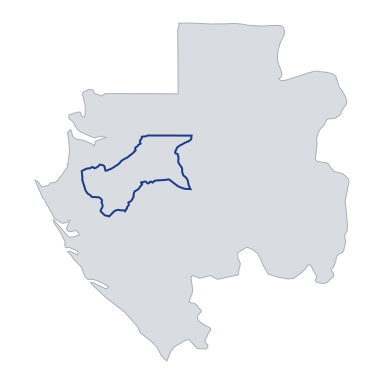 Moyen-Ogooué highlighted on a map of Gabon
{"feature_id": "GAB-2621", "entity_name": "Moyen-Ogooué", "entity_type": "Province", "adm_level": 1, "iso_a3": "GAB", "parent_name": "Gabon", "parent_adm1": "", "projection": "orthographic", "projection_center": [10.538, -0.51], "detail": "fine", "context": "in_parent", "style": "outline", "palette": "blue", "viewbox_px": 384, "rotation_deg": 0, "n_neighbors": 0, "source": "natural_earth", "source_scale": "10m", "svg_char_len": 6382}
<svg xmlns="http://www.w3.org/2000/svg" viewBox="0 0 384 384"><path d="M284.4,30.7L284.2,34.5L279.9,43.8L277.9,51.0L277.4,58.6L278.6,64.7L280.6,69.1L282.0,73.9L281.0,77.2L278.9,78.6L280.3,80.3L283.5,80.7L288.8,79.3L297.0,76.7L307.7,73.1L314.8,71.1L326.4,72.3L332.7,73.7L335.8,76.3L339.3,87.3L341.0,88.9L343.8,93.6L346.2,99.2L346.7,102.0L346.4,104.1L344.1,107.1L341.4,111.6L340.5,114.3L338.2,116.3L335.4,118.2L327.6,119.0L326.4,120.2L324.3,124.9L320.2,129.0L318.3,132.8L316.6,137.8L317.0,144.1L316.1,153.1L315.3,159.2L317.4,161.4L326.7,162.9L328.5,164.1L330.9,167.9L334.1,171.4L342.6,173.7L345.9,176.4L348.6,179.4L349.0,181.8L347.0,191.6L345.1,201.1L345.9,208.2L346.6,215.1L347.5,225.0L347.1,231.1L344.7,234.8L344.7,237.7L345.8,241.3L343.6,251.0L342.2,252.6L338.4,254.4L336.4,257.0L335.8,261.1L333.7,266.7L331.6,268.8L331.6,271.4L333.6,273.3L333.6,276.2L329.8,279.6L327.5,282.3L322.4,283.6L316.6,282.2L315.2,280.3L316.6,277.3L316.2,274.9L314.2,272.3L311.1,265.8L308.3,264.4L306.8,267.1L302.1,272.1L293.7,278.4L287.9,278.9L277.1,277.0L268.1,273.9L263.8,266.5L261.2,260.3L257.3,253.2L253.0,249.8L248.4,247.6L246.3,247.5L239.7,251.5L237.7,253.0L237.7,256.4L238.3,259.5L239.3,261.0L240.2,263.0L240.0,266.1L238.8,270.2L238.4,274.8L217.7,279.3L214.1,277.7L211.5,275.6L208.4,276.0L199.4,278.3L196.1,276.7L192.8,275.5L191.3,276.5L191.1,278.5L192.6,289.2L192.2,293.3L190.1,298.7L189.1,302.3L194.6,303.4L196.6,305.1L198.5,307.8L201.1,310.3L201.3,311.8L198.3,314.6L197.3,318.1L198.7,320.8L202.4,323.7L207.9,326.6L210.6,328.5L210.3,330.3L207.8,334.0L206.8,337.2L205.0,340.1L205.4,342.7L207.9,345.2L207.6,347.4L205.9,349.0L202.5,348.7L199.6,348.9L197.1,348.2L189.0,339.7L187.2,339.5L175.5,346.0L172.6,348.7L170.2,352.6L166.9,361.0L161.6,356.1L157.0,347.2L151.6,341.7L140.4,332.8L137.4,326.3L124.4,311.9L105.9,297.5L92.5,285.1L90.5,282.3L92.7,282.6L105.7,288.8L107.4,288.2L108.9,286.8L103.3,283.5L98.0,280.9L93.0,279.3L88.0,279.5L85.2,276.8L83.3,272.8L82.4,269.4L80.2,265.8L73.1,258.4L71.4,255.5L67.5,251.6L69.8,251.1L77.5,254.8L78.1,253.3L77.5,251.1L69.8,247.6L65.6,247.4L64.7,244.9L65.2,242.0L59.8,231.2L54.1,223.1L53.2,219.3L68.5,236.9L70.6,237.2L73.3,237.0L79.6,235.0L78.4,232.7L75.6,230.2L72.8,231.3L69.2,231.6L67.3,230.5L66.4,228.7L70.0,220.2L68.5,220.6L67.3,222.1L65.3,222.9L62.3,223.3L54.7,218.7L48.0,206.4L46.3,203.9L44.5,199.6L42.7,197.8L35.0,180.3L38.0,181.6L41.5,186.7L48.3,185.6L50.9,182.7L53.2,182.8L55.6,182.1L58.6,179.3L67.3,167.2L69.6,151.3L68.9,141.9L67.6,132.5L70.5,129.5L71.6,131.4L72.2,134.8L73.5,137.3L76.6,139.5L82.4,140.0L91.3,143.5L94.5,145.7L95.4,141.3L105.6,137.5L102.5,136.2L93.4,137.7L80.9,132.1L76.7,128.5L72.9,121.7L68.8,118.1L69.1,114.9L78.1,112.0L80.5,112.3L81.4,115.8L83.8,117.3L84.8,116.8L85.2,113.8L85.2,105.8L82.5,94.3L83.3,92.0L85.8,91.2L88.0,89.7L89.5,89.4L92.5,89.7L94.1,92.4L94.9,93.9L97.9,94.5L100.5,96.0L102.6,95.6L104.4,93.9L107.1,93.6L115.3,93.6L122.7,93.6L137.5,93.7L152.2,93.7L167.0,93.8L178.1,93.8L178.1,87.2L178.0,77.1L178.0,65.1L177.9,53.6L177.8,42.9L177.7,30.4L178.3,26.8L179.1,25.3L178.8,23.2L190.2,23.0L210.9,24.0L220.0,23.8L222.5,24.0L233.8,23.4L243.0,24.2L246.9,25.1L250.3,25.5L261.3,26.1L275.6,25.4L280.5,25.6L283.1,27.3L284.4,30.7Z" fill="#d9dde1" stroke="#a8b0b8" stroke-width="1"/><path d="M191.6,135.6L191.3,137.4L191.4,138.1L191.2,138.9L190.9,139.5L189.9,140.3L189.2,140.8L188.4,141.4L187.8,141.7L186.9,141.8L179.3,145.8L178.5,146.5L177.1,147.5L176.7,148.1L176.2,149.8L175.3,151.5L175.1,152.0L175.1,152.5L175.3,153.0L175.5,153.2L175.8,153.5L176.3,153.6L176.8,153.7L177.3,153.9L177.6,154.2L177.8,154.6L178.3,156.5L178.5,158.9L178.3,160.5L178.3,161.7L178.4,162.3L178.6,162.8L178.8,163.3L181.7,167.6L182.0,168.1L182.1,168.9L182.2,169.7L182.1,171.1L182.2,171.9L183.1,174.7L183.4,175.3L183.8,175.8L185.9,177.5L186.3,178.0L187.0,179.0L187.8,180.8L188.7,185.1L188.8,185.7L190.5,189.1L185.8,188.9L184.0,188.6L180.8,187.5L177.6,186.0L169.3,179.6L168.6,179.4L167.9,179.4L165.7,179.9L156.0,180.5L154.9,180.8L154.3,181.0L153.8,181.4L153.1,182.3L152.6,182.6L152.2,182.4L151.0,181.6L150.4,181.6L149.9,181.9L149.3,182.8L148.8,183.2L148.0,183.4L147.5,183.3L147.0,182.9L146.7,182.4L146.2,181.9L145.6,181.6L144.9,181.5L144.3,181.6L143.7,181.8L143.3,182.2L142.7,182.4L141.4,182.1L141.1,182.4L141.2,182.8L141.8,183.9L142.0,184.4L141.8,184.8L141.5,185.2L141.0,185.5L140.6,186.0L139.0,188.4L138.5,188.9L137.9,189.5L135.1,191.1L134.6,191.6L134.2,192.1L133.8,193.8L133.6,194.8L133.5,195.4L133.7,196.4L133.5,197.0L131.4,200.7L131.1,201.0L130.7,201.3L128.7,202.2L128.4,202.4L128.3,202.6L128.3,202.9L128.5,203.3L128.8,203.7L128.9,204.2L128.8,204.7L128.6,205.3L127.8,206.3L127.4,206.7L127.1,207.2L127.0,207.7L126.9,208.3L126.8,208.7L126.5,209.2L125.9,209.4L125.7,209.8L125.6,210.3L125.4,210.8L125.0,211.3L124.3,210.7L123.7,210.4L120.5,210.3L119.2,210.0L118.4,209.9L117.0,210.0L116.2,210.3L115.5,210.6L113.8,211.6L109.2,216.4L108.3,216.0L105.7,215.6L105.4,215.5L105.0,215.3L104.5,215.0L101.2,211.9L100.7,211.3L100.6,210.8L100.7,210.3L102.1,207.6L102.5,206.5L102.6,206.0L102.6,205.4L102.5,204.8L101.6,202.7L101.6,202.4L101.6,202.0L102.0,201.1L102.0,200.6L101.8,199.9L101.4,199.2L99.5,197.7L98.8,197.3L98.3,197.2L97.2,197.3L95.2,197.1L94.7,197.0L94.4,197.0L92.9,197.2L92.4,197.1L91.9,196.9L91.4,196.6L91.1,196.0L90.5,195.4L90.3,195.3L89.8,194.9L89.1,194.4L88.0,193.9L85.7,190.9L82.2,179.6L82.5,178.2L81.7,171.3L82.0,170.8L82.5,170.6L83.0,170.4L85.1,169.3L87.3,168.5L87.9,168.4L89.5,168.3L90.0,168.2L91.4,167.5L92.3,166.9L92.8,167.0L93.9,168.0L94.5,168.2L95.5,168.0L97.1,167.1L98.0,166.5L98.7,165.8L99.2,165.2L99.7,164.7L100.3,164.6L100.8,164.7L101.3,165.0L101.9,165.2L102.9,165.2L103.4,165.4L103.9,165.7L104.3,166.2L104.5,166.7L104.9,168.3L105.1,168.8L105.2,169.9L105.3,170.4L105.6,170.7L106.6,170.6L111.5,168.6L118.1,164.4L119.3,163.4L121.1,161.2L121.7,160.6L125.6,158.3L126.6,157.9L127.3,157.5L133.9,152.3L134.1,152.1L134.1,151.8L134.1,151.5L134.3,151.2L134.6,151.0L135.1,150.9L135.3,150.8L135.5,150.6L135.6,150.4L135.5,149.8L135.3,148.7L135.1,148.2L135.7,147.3L136.7,146.8L137.8,145.7L138.3,144.9L138.8,144.6L140.3,143.9L140.6,143.3L140.5,142.9L140.0,141.9L139.9,141.5L139.9,141.3L139.9,140.8L139.9,140.7L140.1,140.2L141.2,139.2L141.4,138.9L141.6,138.6L141.7,138.2L141.7,137.4L141.8,136.9L141.9,136.7L142.2,136.6L143.0,136.6L145.1,136.3L145.5,136.3L146.3,136.2L148.0,135.4L148.4,135.4L149.4,135.5L191.6,135.6Z" fill="none" stroke="#1e3a8a" stroke-width="2"/></svg>